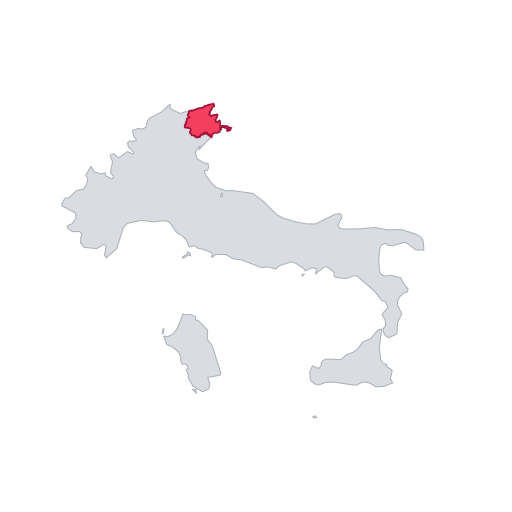 Friuli Venezia Giulia, Udine, Italy shown in context, rotated 334°
{"feature_id": "23120603B53770696546298", "entity_name": "Friuli Venezia Giulia", "entity_type": "district", "adm_level": 2, "iso_a3": "ITA", "parent_name": "Italy", "parent_adm1": "Udine", "projection": "natural_earth1", "projection_center": [13.386, 46.114], "detail": "fine", "context": "in_parent", "style": "filled", "palette": "rose", "viewbox_px": 512, "rotation_deg": 334, "n_neighbors": 0, "source": "geoboundaries", "source_scale": "gbopen_adm2", "svg_char_len": 9320}
<svg xmlns="http://www.w3.org/2000/svg" viewBox="0 0 512 512"><g transform="rotate(334 256 256)"><path d="M109.9,120.2L112.7,121.7L123.5,118.5L130.0,120.3L135.4,117.2L138.9,112.4L138.3,108.8L146.9,103.0L147.7,109.6L152.4,114.1L157.0,115.2L155.9,117.9L160.3,123.4L162.2,122.9L162.8,121.9L161.7,117.3L168.4,108.3L168.7,102.0L169.9,101.3L173.1,101.8L175.6,107.6L186.3,105.8L190.0,110.2L191.7,109.4L189.0,101.8L190.3,97.9L193.1,97.2L195.1,99.1L199.2,99.5L199.4,97.3L198.4,95.7L199.9,89.1L206.1,89.7L209.7,92.1L213.9,92.0L217.6,86.8L220.5,85.5L234.3,85.1L244.6,82.0L245.4,82.7L243.5,85.2L244.1,86.8L250.2,94.5L284.3,100.5L283.8,102.4L276.5,107.2L275.9,109.1L277.0,110.7L282.5,111.9L278.7,116.4L278.8,118.2L281.7,118.4L281.3,124.0L284.9,125.7L288.9,130.5L284.9,131.4L286.5,130.1L282.5,125.3L278.2,127.4L271.4,125.3L266.8,129.8L251.2,135.4L253.9,132.8L252.7,132.8L247.0,136.1L245.7,142.9L250.1,149.6L253.5,152.0L251.9,156.1L249.8,157.7L247.1,156.5L246.2,160.2L247.7,169.9L250.1,176.8L257.8,184.4L263.5,186.9L280.8,198.5L287.2,211.6L292.7,228.0L297.3,234.1L306.8,242.9L315.5,249.3L323.6,253.3L344.8,253.1L350.1,254.6L350.8,257.3L349.8,259.2L343.5,263.8L343.2,267.5L346.2,270.0L360.7,276.9L375.5,282.6L385.5,290.0L398.5,296.2L408.7,305.8L412.3,310.8L413.1,314.8L410.7,321.5L409.4,324.3L402.2,320.4L396.3,308.9L383.7,306.8L380.0,304.9L377.8,301.4L373.8,301.0L371.1,302.9L364.3,313.7L360.6,323.0L360.5,326.8L362.5,330.4L368.7,332.5L376.6,339.1L376.9,347.4L378.3,352.0L376.3,354.7L372.4,354.0L367.1,355.7L363.4,358.7L361.8,361.6L361.6,371.9L354.5,377.3L348.5,387.7L339.5,387.8L337.3,384.5L337.2,379.8L338.8,376.8L342.1,375.5L344.2,369.4L343.5,365.0L344.8,363.0L352.0,360.1L352.3,354.0L349.5,351.2L347.2,340.0L338.1,318.6L335.2,316.5L327.4,315.9L318.1,310.2L317.5,307.9L319.0,305.6L318.0,302.5L315.1,297.1L313.1,295.8L301.7,298.1L304.9,293.8L300.8,291.0L293.7,291.0L293.8,289.0L288.8,280.3L285.4,276.7L272.4,275.0L268.2,276.5L261.8,270.9L256.0,268.9L241.2,253.1L234.1,248.4L229.6,241.5L220.6,236.9L216.5,238.0L215.5,237.1L217.6,235.8L217.2,233.2L211.2,226.4L207.6,224.2L205.2,219.8L200.0,218.7L200.3,210.8L198.4,205.2L195.1,200.5L193.3,189.2L191.8,186.0L188.1,183.6L179.8,180.9L168.3,173.6L154.6,170.2L148.9,172.7L134.1,188.3L120.6,192.0L120.3,188.7L125.7,181.5L124.7,178.7L116.2,179.6L105.4,173.0L104.0,167.2L107.3,161.7L109.1,160.4L108.2,156.7L101.6,153.6L99.1,148.7L98.9,147.0L100.6,146.1L104.6,146.4L110.8,143.0L112.7,138.3L103.8,126.3L104.2,123.9L109.9,120.2ZM252.4,187.5L252.9,184.6L250.0,186.4L250.8,187.8L252.4,187.5ZM337.0,376.7L326.3,393.0L322.7,404.0L323.2,408.2L326.2,411.2L324.7,412.4L328.1,417.6L328.0,419.0L323.2,424.9L323.2,430.0L314.0,429.3L306.5,426.3L302.8,420.4L299.9,417.9L296.7,416.0L290.2,416.1L287.4,414.9L270.3,403.3L263.6,400.2L255.9,399.4L252.8,396.9L250.4,391.8L253.4,383.9L258.5,379.5L263.0,384.5L267.0,382.9L267.2,381.3L270.0,379.3L273.6,379.2L287.0,386.3L294.1,384.3L300.6,385.1L306.5,384.2L314.1,380.1L323.0,380.5L333.3,375.9L337.0,376.7ZM175.7,288.6L180.1,301.5L175.7,309.3L177.3,317.7L173.0,346.4L171.0,347.3L159.4,343.9L158.4,350.5L156.9,353.2L154.5,354.9L148.3,354.4L142.2,345.0L141.8,335.7L143.2,333.0L143.4,327.7L145.8,327.3L146.0,323.7L144.7,321.7L142.3,321.1L142.4,317.0L144.1,313.9L144.3,308.4L141.2,301.4L136.9,296.4L138.0,287.6L141.7,289.8L147.3,289.7L154.0,286.3L165.0,276.0L166.5,277.9L171.1,279.6L175.3,284.1L173.6,286.9L175.7,288.6ZM196.8,222.4L197.8,224.4L197.4,227.2L195.2,225.6L189.8,226.3L189.2,224.8L195.8,223.6L196.8,222.4ZM143.8,349.7L142.1,353.0L140.5,348.6L140.8,348.1L143.8,349.7ZM141.3,281.2L138.8,284.9L137.6,284.7L140.7,280.6L141.3,281.2ZM239.8,427.7L236.8,426.9L236.7,425.3L239.0,425.5L239.8,427.7ZM291.5,293.4L289.0,294.4L289.1,292.7L291.5,293.4Z" fill="#d9dde1" stroke="#a8b0b8" stroke-width="1"/><path d="M268.7,129.6L268.9,128.9L269.9,128.1L270.0,127.8L269.9,127.7L270.5,127.6L270.8,127.3L272.1,127.2L272.5,127.1L272.7,127.5L272.7,127.3L273.7,127.6L275.0,128.4L275.3,128.4L275.6,128.2L276.2,128.6L276.7,128.4L277.4,128.5L277.3,128.3L278.0,128.0L278.1,127.7L278.3,127.6L278.1,127.3L278.4,127.6L278.7,127.6L279.9,126.9L280.5,126.9L280.5,126.7L279.8,126.5L279.5,126.2L279.8,126.1L279.7,126.0L279.7,125.8L279.6,125.6L279.8,125.3L280.3,124.9L280.4,125.1L280.5,125.1L280.3,124.8L280.1,125.0L279.9,124.9L279.9,124.7L280.1,124.8L280.2,124.6L280.4,124.7L280.0,124.2L280.6,125.0L280.8,124.9L280.6,125.0L281.2,125.2L281.8,125.3L282.6,125.4L282.4,125.4L284.6,127.4L284.6,127.6L285.2,127.8L285.7,128.3L285.7,128.5L286.1,129.3L285.9,129.5L285.8,129.4L285.7,129.4L285.8,129.4L285.5,129.7L286.0,129.9L285.8,130.0L286.1,130.0L286.1,129.8L286.3,129.8L286.2,129.9L286.3,129.8L286.4,130.0L286.2,130.2L286.5,130.5L286.4,130.6L286.9,130.7L287.3,130.5L287.1,130.7L287.2,130.8L286.9,130.7L286.9,130.9L286.6,131.1L286.1,130.8L285.2,130.7L284.8,130.8L284.9,131.2L285.6,131.1L286.6,131.6L288.0,131.6L288.3,131.5L288.3,131.3L288.7,131.1L288.7,130.7L290.0,130.0L289.7,129.6L288.7,129.1L287.8,128.1L287.8,127.9L287.8,127.5L287.2,126.9L286.8,126.3L286.1,126.0L285.9,125.8L285.5,125.9L285.2,125.7L285.3,125.7L285.1,125.5L284.4,125.1L283.8,124.6L283.7,124.7L283.5,124.4L282.7,124.4L282.3,124.5L282.3,124.4L281.6,124.1L281.6,123.7L281.4,123.3L281.0,122.8L281.3,122.1L281.5,121.9L281.5,121.5L281.5,121.4L282.0,121.1L282.2,120.5L282.7,119.9L282.6,119.4L282.8,118.3L282.6,118.1L282.2,118.3L281.4,118.1L281.1,118.3L280.9,118.8L280.3,118.8L280.2,118.9L279.8,118.8L279.8,118.6L279.6,118.6L279.5,118.4L279.1,118.4L278.5,117.5L278.6,117.4L278.9,117.3L279.3,116.6L279.4,116.2L279.0,116.2L279.0,115.8L279.9,115.5L279.9,115.4L280.2,115.2L281.0,114.8L281.3,114.4L281.6,114.3L281.7,114.0L282.8,113.2L283.1,112.7L283.1,112.4L283.4,112.1L283.3,111.8L282.6,111.4L282.1,111.6L281.4,111.4L281.0,111.7L280.8,111.6L280.9,111.2L280.5,110.8L279.9,110.7L279.2,110.6L279.0,110.4L278.7,110.3L277.6,110.3L277.7,110.7L277.1,110.9L276.7,110.6L276.9,110.4L276.8,110.2L277.1,110.0L276.7,109.8L276.5,109.4L276.3,108.5L276.1,108.1L275.9,108.2L275.8,107.9L276.6,107.8L276.7,107.6L276.9,107.6L276.9,107.3L277.2,107.1L277.5,107.1L277.7,106.8L277.8,106.7L277.4,106.0L277.5,105.8L278.3,105.8L278.6,105.5L279.5,105.3L279.5,105.1L279.8,104.9L280.0,105.0L280.2,104.8L280.8,104.6L281.1,104.2L281.1,103.6L281.6,103.2L283.0,103.0L284.0,103.2L284.3,102.6L284.1,102.3L284.5,101.8L284.4,101.7L284.4,101.4L284.4,101.2L284.7,101.0L284.7,100.4L283.8,100.5L282.8,100.1L282.4,99.8L281.6,99.7L280.9,99.9L280.9,99.6L280.7,99.5L280.2,99.4L279.6,99.6L279.4,99.4L279.2,99.3L279.2,99.0L278.4,99.3L277.1,99.3L276.7,99.2L276.7,98.8L275.8,98.6L275.7,98.8L275.7,99.0L275.0,98.9L274.4,99.5L273.8,99.2L273.5,99.3L273.1,99.2L272.9,99.3L272.7,99.2L272.3,99.5L272.1,99.4L272.1,99.2L271.8,98.9L271.1,98.8L270.7,98.6L270.5,98.3L269.9,98.3L268.3,97.8L267.3,98.0L266.9,98.0L266.6,97.8L265.8,97.9L265.0,97.7L264.8,97.8L264.2,97.5L263.2,97.7L262.6,97.6L262.1,97.7L261.8,97.5L261.9,97.0L261.7,96.8L261.4,97.0L261.0,96.8L260.8,96.5L259.7,96.3L259.5,96.6L258.5,97.1L258.4,97.3L258.5,97.8L258.0,97.9L257.1,98.9L256.8,98.7L256.6,98.8L256.3,99.5L256.2,100.1L256.3,100.5L256.4,101.2L257.1,101.7L257.3,102.3L257.1,102.3L256.8,102.1L256.2,102.0L255.8,102.4L254.8,102.0L254.1,102.6L253.9,102.4L253.8,102.5L253.8,102.9L253.2,103.2L252.9,103.7L253.0,104.1L252.5,104.4L252.2,104.8L251.9,104.8L252.1,105.5L251.8,105.5L251.2,106.1L250.9,106.0L251.0,106.4L250.7,106.9L249.9,106.8L249.2,107.2L249.3,107.4L249.2,107.6L249.3,108.0L248.6,108.4L248.4,108.8L248.4,109.3L248.7,109.4L248.8,109.8L249.2,109.9L249.2,110.1L249.7,110.3L250.5,110.2L250.6,110.4L250.4,110.8L250.6,110.9L251.6,110.9L251.5,111.2L251.6,111.8L252.1,112.3L252.8,112.6L253.0,113.0L252.9,113.5L252.6,114.3L252.2,114.5L252.3,114.6L252.1,114.7L251.4,114.9L250.8,115.7L250.7,115.8L250.5,116.3L250.4,116.4L250.8,116.9L250.9,117.5L251.1,117.9L251.1,118.8L251.0,119.2L251.1,119.5L251.7,119.6L251.8,119.5L252.1,119.7L252.0,120.0L252.5,120.2L253.1,120.3L253.2,120.7L253.6,121.0L253.2,121.1L253.6,121.6L253.9,121.6L253.8,121.8L253.7,121.8L253.9,121.9L253.9,122.0L254.0,122.1L253.8,122.3L254.3,122.4L254.4,122.6L254.5,122.8L254.3,123.1L254.5,123.2L254.4,123.4L254.6,123.5L254.7,123.3L254.9,123.6L255.1,123.5L255.3,123.9L255.5,123.8L255.4,123.7L255.5,123.6L255.4,123.4L255.8,123.1L256.0,123.4L256.4,123.4L256.4,123.5L256.5,123.8L256.8,123.7L256.8,124.0L257.0,124.1L256.9,124.3L257.4,124.7L258.2,124.1L259.0,123.1L259.3,123.5L259.9,123.0L260.0,122.7L260.3,122.6L260.7,122.9L260.9,122.9L260.8,123.3L260.9,123.6L261.0,123.7L261.3,123.6L261.3,123.3L261.8,123.0L261.8,122.8L262.4,122.7L262.6,122.9L262.8,122.7L262.8,122.9L262.6,123.3L262.8,123.4L262.8,123.6L263.0,123.5L263.6,123.4L263.8,123.6L264.0,123.3L264.2,123.8L264.7,123.7L265.0,123.6L264.8,123.4L264.8,123.0L265.0,122.8L265.2,123.2L265.5,123.3L265.3,123.4L265.4,123.6L265.6,123.5L265.3,123.7L265.9,123.9L265.7,124.1L265.6,123.9L265.4,124.2L265.5,124.5L265.8,124.3L265.8,124.5L265.3,124.7L265.6,124.9L265.6,125.1L265.9,125.2L266.0,125.5L266.3,125.6L266.0,125.7L266.2,125.9L266.1,126.1L266.4,126.3L266.4,126.5L266.2,126.7L266.3,126.9L266.5,126.7L266.8,126.5L266.8,126.8L267.0,127.0L267.1,127.4L267.2,127.6L267.2,127.9L267.3,127.8L267.2,128.2L267.4,128.4L267.7,128.4L267.8,128.6L267.6,128.9L267.7,129.1L268.2,129.1L268.1,129.4L268.3,129.3L268.7,129.6ZM285.9,128.9L286.0,129.2L285.9,128.9ZM285.3,130.4L285.3,130.0L285.3,130.4Z" fill="#f43f5e" stroke="#9f1239" stroke-width="1.5"/></g></svg>